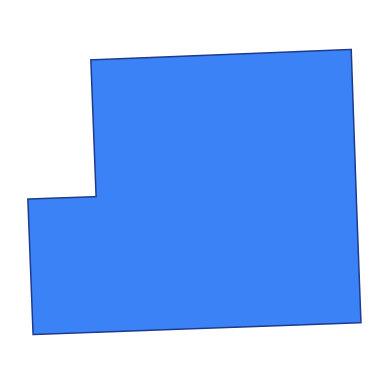 Turner, South Dakota, United States of America (Mercator projection), rotated 88°
{"feature_id": "52423323B55012152338707", "entity_name": "Turner", "entity_type": "district", "adm_level": 2, "iso_a3": "USA", "parent_name": "United States of America", "parent_adm1": "South Dakota", "projection": "mercator", "projection_center": [-97.158, 43.292], "detail": "fine", "context": "isolated", "style": "filled", "palette": "blue", "viewbox_px": 384, "rotation_deg": 88, "n_neighbors": 0, "source": "geoboundaries", "source_scale": "gbopen_adm2", "svg_char_len": 271}
<svg xmlns="http://www.w3.org/2000/svg" viewBox="0 0 384 384"><g transform="rotate(88 192 192)"><path d="M55.1,27.9L56.4,288.5L193.3,288.0L193.3,356.3L328.9,355.8L328.7,218.8L328.5,27.7L211.1,28.0L55.1,27.9Z" fill="#3b82f6" stroke="#1e3a8a" stroke-width="1.5"/></g></svg>